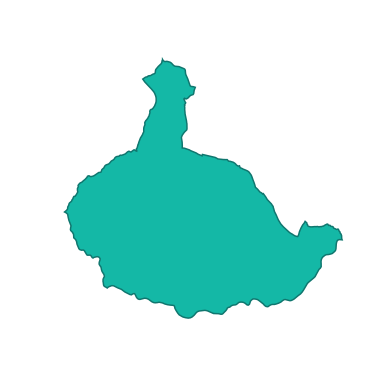 the district of Guateque, Boyacá, Colombia, rotated 341°
{"feature_id": "7082276B31731759367156", "entity_name": "Guateque", "entity_type": "district", "adm_level": 2, "iso_a3": "COL", "parent_name": "Colombia", "parent_adm1": "Boyacá", "projection": "mercator", "projection_center": [-73.483, 5.023], "detail": "fine", "context": "isolated", "style": "filled", "palette": "teal", "viewbox_px": 384, "rotation_deg": 341, "n_neighbors": 0, "source": "geoboundaries", "source_scale": "gbopen_adm2", "svg_char_len": 6017}
<svg xmlns="http://www.w3.org/2000/svg" viewBox="0 0 384 384"><g transform="rotate(341 192 192)"><path d="M229.2,94.1L227.6,92.9L225.6,91.9L225.0,91.4L224.8,90.3L224.8,89.0L224.8,83.6L224.4,79.2L224.5,77.8L225.3,74.6L225.1,73.5L224.6,72.8L220.5,69.2L216.8,67.5L216.3,67.0L215.5,65.7L214.5,63.4L213.6,62.2L211.5,60.7L210.5,60.2L208.9,59.9L208.5,59.6L207.6,58.5L207.3,57.1L207.1,57.6L206.3,58.3L205.9,59.3L205.3,60.1L204.5,60.7L201.0,62.3L197.9,64.2L197.2,64.9L196.1,67.2L195.7,67.6L195.0,67.9L192.9,67.9L191.6,68.3L190.7,68.4L188.4,68.0L187.3,68.5L185.4,68.3L182.2,69.2L183.2,72.6L187.2,81.5L188.5,84.9L188.8,86.6L188.9,88.6L188.9,90.0L188.7,91.4L188.0,93.6L187.4,95.0L186.6,96.2L184.5,98.6L182.3,100.2L181.4,100.6L180.8,100.7L180.2,100.6L179.1,101.0L178.7,101.5L178.4,101.9L178.0,103.4L176.9,104.9L176.1,106.2L175.5,106.5L175.0,107.1L173.9,108.1L171.4,109.6L170.4,110.5L169.9,111.1L169.5,112.8L169.3,113.2L167.8,114.9L167.2,115.9L166.5,117.7L166.0,119.4L165.3,120.0L163.5,122.0L160.9,124.1L157.8,127.8L156.9,129.2L156.5,129.4L154.5,132.4L153.3,133.3L153.3,134.5L153.0,135.3L152.0,134.5L151.7,133.9L151.2,133.4L150.5,133.3L147.5,134.3L147.0,134.2L145.9,133.1L145.4,132.9L144.0,133.1L141.8,134.1L141.1,134.3L138.2,134.4L137.0,134.3L136.4,133.9L135.9,133.9L135.3,134.0L134.7,134.4L134.0,134.3L132.7,134.0L131.9,134.0L131.0,134.2L130.2,134.6L128.8,135.8L128.1,136.0L125.7,136.5L123.8,137.7L122.3,138.4L119.7,138.4L118.6,138.7L117.8,139.2L116.5,140.5L114.7,141.2L114.0,141.6L112.6,143.4L112.0,143.6L110.1,143.2L105.9,144.4L104.0,144.8L101.7,144.6L101.0,144.3L100.6,144.0L100.2,143.4L99.7,143.1L99.0,143.0L98.3,143.1L97.4,144.0L94.7,145.4L93.2,145.9L90.9,146.9L89.2,147.0L87.8,147.7L86.5,148.6L86.3,149.1L86.3,149.8L86.1,150.2L85.0,151.2L84.7,151.7L84.1,153.7L84.1,154.4L83.9,154.9L83.0,155.7L82.0,156.6L80.1,158.0L79.7,158.0L79.2,157.7L78.7,157.9L78.0,158.5L77.1,159.7L76.2,160.2L75.2,161.4L74.6,161.7L72.6,162.5L72.0,163.0L71.1,164.4L70.2,165.2L69.6,165.8L68.9,167.4L68.5,167.8L67.2,168.6L65.0,169.4L66.2,170.7L67.2,172.5L66.7,175.6L66.4,178.6L66.6,184.6L65.5,186.5L64.8,188.0L64.8,189.0L65.7,190.8L66.2,193.0L66.0,194.4L65.3,196.8L66.5,199.1L66.7,201.3L66.3,203.9L66.6,208.9L67.3,210.1L68.7,211.1L70.1,211.4L70.6,211.7L71.1,212.5L72.1,217.2L72.8,217.8L74.2,218.2L75.2,218.6L75.7,219.3L76.3,221.5L76.9,222.2L78.1,221.9L81.2,222.2L82.6,223.0L83.2,224.2L83.4,225.3L82.8,226.4L81.5,228.1L80.9,229.4L80.7,230.4L81.5,233.6L81.1,236.1L81.1,237.9L81.9,241.5L81.8,242.4L81.5,243.6L80.3,244.6L79.5,245.6L78.7,247.8L78.6,248.9L78.3,250.1L78.1,251.4L78.4,252.7L79.5,253.8L80.6,255.2L81.4,254.8L82.5,254.5L85.7,254.4L87.4,255.2L90.4,258.3L93.6,261.1L96.0,264.7L99.9,268.7L101.3,269.5L102.7,269.1L103.5,269.1L104.6,269.4L104.9,270.5L105.2,273.3L105.8,275.1L106.9,276.2L107.9,276.6L112.6,277.0L114.3,277.8L116.0,279.3L118.3,282.7L119.8,284.1L121.2,284.8L123.3,285.3L125.0,285.5L127.9,287.2L129.7,288.9L132.0,290.5L134.5,291.8L136.8,292.8L138.0,293.5L138.2,294.5L138.0,296.6L138.4,299.0L139.1,301.9L139.9,304.0L142.6,307.1L144.9,308.7L147.4,310.0L149.5,310.4L151.4,310.2L153.9,309.2L156.9,307.4L158.3,306.9L160.3,306.9L165.7,308.1L167.8,309.3L172.8,313.9L177.7,315.8L179.2,316.8L180.5,317.3L181.6,317.1L183.5,316.1L185.2,315.3L186.7,314.3L187.4,313.4L188.5,313.0L190.4,313.1L191.6,312.6L192.9,312.3L194.6,312.4L196.0,312.8L197.4,312.8L200.3,311.7L201.7,311.8L203.5,312.4L204.9,313.3L205.9,314.4L207.4,316.8L208.6,317.3L209.9,316.7L211.8,314.2L213.3,313.4L214.9,313.0L216.8,313.7L218.9,315.0L220.4,317.0L223.1,321.3L223.6,322.8L224.6,324.2L225.9,325.0L226.8,325.1L228.3,324.6L229.9,324.3L231.6,324.5L233.2,325.1L235.1,325.3L237.8,325.3L240.2,325.0L242.3,324.2L243.9,323.8L245.1,324.0L249.3,326.7L250.8,326.9L252.3,326.7L253.8,326.4L258.5,324.6L261.4,323.7L263.7,322.4L265.9,320.7L271.0,316.3L272.3,315.5L276.2,314.0L279.1,312.9L280.8,312.1L282.3,310.7L284.8,308.4L286.9,306.5L288.5,305.8L289.8,304.7L290.8,301.7L291.3,299.9L292.2,298.1L293.5,296.7L294.6,296.0L297.2,295.1L298.6,295.0L300.9,295.6L303.3,295.8L304.7,295.8L307.7,294.6L308.7,293.9L309.6,292.6L311.5,288.1L312.5,286.4L313.3,285.5L314.1,285.0L315.7,284.9L318.4,286.1L318.4,284.7L319.2,282.1L319.2,280.3L318.7,278.9L318.9,278.0L318.3,276.4L318.3,275.3L318.2,274.9L318.0,274.6L317.5,274.5L316.9,274.5L316.3,274.4L315.0,272.9L314.5,272.6L314.2,272.3L314.1,271.2L314.0,270.8L313.3,270.2L312.2,269.7L311.9,269.4L311.8,268.8L311.6,268.4L311.4,268.3L310.2,268.0L310.0,266.8L309.7,266.5L309.3,266.3L306.9,266.6L306.0,266.8L305.2,267.1L304.0,266.8L303.0,266.9L301.8,266.4L301.1,266.4L300.5,266.2L299.5,265.5L297.9,265.1L296.6,264.6L294.4,264.1L292.8,263.6L291.2,262.6L290.6,261.9L290.4,261.4L290.6,260.5L290.5,260.3L290.3,259.8L290.5,258.6L289.4,256.6L287.9,258.0L285.9,259.2L283.3,261.6L280.6,264.6L279.5,266.3L278.6,267.5L277.5,268.5L277.3,268.5L275.4,267.3L274.0,265.8L273.1,264.5L271.7,263.0L270.7,261.5L267.0,254.6L265.5,251.0L264.5,246.3L264.1,240.9L263.6,237.4L263.8,234.7L263.8,233.5L264.0,231.9L263.7,231.2L263.2,229.1L260.7,223.7L260.1,220.7L258.9,216.8L258.3,217.0L257.4,215.4L256.2,214.1L254.9,210.7L254.0,209.0L253.5,208.4L253.7,205.4L253.7,203.2L253.6,200.2L253.6,197.2L253.5,195.4L253.2,194.3L252.4,191.7L251.9,190.9L251.2,190.0L248.9,187.9L248.2,187.4L246.7,185.8L245.4,184.7L245.4,182.7L244.6,182.7L243.9,182.3L242.8,181.0L242.4,179.8L241.8,178.7L240.7,177.3L237.9,175.3L236.6,174.7L236.3,174.0L235.8,172.8L234.3,172.3L232.4,171.6L227.5,169.3L226.9,168.8L226.3,168.0L225.1,166.8L214.1,159.9L213.3,161.1L210.2,158.4L208.6,156.4L204.1,152.4L203.3,151.4L199.2,148.2L197.1,147.2L197.9,145.1L198.9,141.6L199.7,137.1L200.2,136.4L201.2,135.2L203.5,133.5L204.8,132.7L206.1,132.1L207.3,131.5L207.9,130.4L209.4,125.8L209.6,124.3L209.9,123.2L210.9,115.7L211.3,114.4L211.9,111.8L212.7,109.6L212.9,108.3L213.4,107.9L213.3,107.1L214.4,106.3L215.1,105.6L214.8,104.4L214.6,101.6L215.1,101.0L215.4,100.9L215.6,101.0L216.6,102.1L217.2,102.1L218.6,101.9L221.8,100.3L222.4,100.2L224.8,100.2L225.6,99.5L227.2,96.5L229.2,94.1Z" fill="#14b8a6" stroke="#0f766e" stroke-width="1.5"/></g></svg>